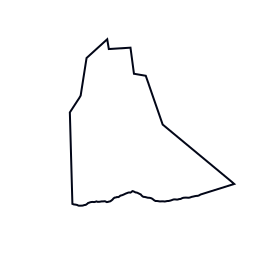 outline of João Costa, Piauí, Brazil, rotated 249°
{"feature_id": "56859067B8794694572671", "entity_name": "João Costa", "entity_type": "district", "adm_level": 2, "iso_a3": "BRA", "parent_name": "Brazil", "parent_adm1": "Piauí", "projection": "orthographic", "projection_center": [-42.621, -8.552], "detail": "fine", "context": "isolated", "style": "outline", "palette": "ink", "viewbox_px": 256, "rotation_deg": 249, "n_neighbors": 0, "source": "geoboundaries", "source_scale": "gbopen_adm2", "svg_char_len": 1521}
<svg xmlns="http://www.w3.org/2000/svg" viewBox="0 0 256 256"><g transform="rotate(249 128 128)"><path d="M39.6,170.0L39.9,171.9L37.7,207.1L40.7,205.5L78.4,184.3L106.5,168.5L118.8,161.6L149.6,162.6L161.1,163.0L163.0,163.1L164.0,163.1L170.4,163.3L176.5,153.0L202.1,159.1L208.6,138.4L218.3,140.4L208.2,114.4L175.2,95.4L173.2,92.9L171.8,90.9L163.4,79.3L77.1,48.9L76.1,50.0L75.3,51.5L74.4,52.9L73.3,53.9L72.7,55.2L72.2,56.7L71.8,57.9L71.7,59.7L71.4,61.0L71.9,63.0L72.3,63.9L72.2,64.9L72.2,66.1L72.0,67.4L71.6,68.6L71.0,69.8L70.8,71.0L70.8,72.2L69.9,73.3L69.4,74.7L69.1,76.1L68.9,77.2L68.4,78.5L67.9,80.2L67.2,80.9L66.4,81.7L66.2,82.7L66.1,84.0L65.9,85.0L66.1,86.0L66.4,87.0L66.7,87.9L67.4,89.1L67.8,90.5L67.5,91.8L67.5,93.0L67.0,94.0L67.0,94.9L67.3,95.8L67.6,96.7L67.4,98.0L67.4,99.8L67.5,101.1L67.6,102.2L67.6,103.5L67.6,105.2L67.3,106.2L66.8,107.1L67.0,108.2L67.5,109.5L66.9,110.4L66.1,111.1L65.2,111.9L64.7,112.8L64.1,113.6L63.2,114.4L62.1,115.4L61.4,116.1L60.1,116.5L58.8,117.2L58.1,117.9L57.6,119.0L56.7,120.3L56.0,121.2L55.5,122.2L55.1,123.1L54.4,124.2L53.5,125.1L52.6,125.7L51.2,126.5L50.0,127.5L49.5,128.8L49.0,129.8L48.2,131.1L47.5,133.0L46.9,134.6L46.2,136.0L46.0,137.1L45.8,138.3L45.3,139.8L45.1,141.2L45.0,142.6L45.0,144.1L44.9,145.2L44.5,146.3L43.9,147.5L43.4,148.8L43.3,150.3L42.9,151.6L43.0,152.6L43.1,153.6L43.0,154.7L42.7,155.8L42.3,157.0L41.8,158.2L41.3,159.2L41.0,160.3L40.9,161.2L40.9,162.7L40.6,164.5L40.4,166.1L40.1,167.5L39.7,168.7L39.6,170.0Z" fill="none" stroke="#020617" stroke-width="2"/></g></svg>